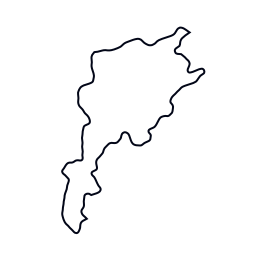 outline of Monción, Santiago Rodríguez, Dominican Republic, rotated 341°
{"feature_id": "3306468B58364807671066", "entity_name": "Monción", "entity_type": "district", "adm_level": 2, "iso_a3": "DOM", "parent_name": "Dominican Republic", "parent_adm1": "Santiago Rodríguez", "projection": "mercator", "projection_center": [-71.168, 19.384], "detail": "fine", "context": "isolated", "style": "outline", "palette": "ink", "viewbox_px": 256, "rotation_deg": 341, "n_neighbors": 0, "source": "geoboundaries", "source_scale": "gbopen_adm2", "svg_char_len": 4719}
<svg xmlns="http://www.w3.org/2000/svg" viewBox="0 0 256 256"><g transform="rotate(341 128 128)"><path d="M120.9,45.3L118.9,46.6L117.9,47.3L116.8,48.7L116.3,49.8L115.2,54.1L114.0,56.7L113.6,58.0L113.3,60.0L113.2,65.0L112.9,67.1L112.7,67.8L112.2,68.9L110.8,71.3L110.2,72.2L109.8,72.6L109.3,72.9L108.7,73.1L107.6,73.3L105.7,73.4L100.0,73.3L98.6,73.5L97.2,73.8L96.0,74.4L94.4,75.7L93.1,77.2L92.3,78.3L92.1,78.9L91.7,80.2L91.1,82.7L90.8,83.8L89.6,86.5L89.2,87.7L89.0,88.9L89.0,90.2L89.2,91.5L89.4,92.1L90.9,95.3L91.3,96.5L91.8,99.0L92.2,100.2L93.6,102.9L94.0,104.1L94.3,105.3L94.4,106.6L94.4,107.9L94.2,109.1L93.8,110.1L93.4,110.6L92.9,110.9L91.9,111.3L88.5,111.6L87.4,111.9L86.9,112.2L86.2,113.0L84.1,116.4L82.9,119.2L81.3,122.4L81.0,123.6L80.3,126.8L79.9,127.9L78.6,130.6L78.3,131.8L77.8,134.3L77.5,135.6L76.0,138.8L75.4,141.6L74.9,142.5L74.6,142.9L74.1,143.2L73.6,143.3L73.0,143.4L72.0,143.1L70.2,142.2L69.1,141.9L68.0,141.8L67.4,141.9L65.5,142.4L64.5,142.5L63.6,142.4L61.6,141.7L60.5,141.6L59.9,141.6L58.6,142.0L57.0,143.0L54.5,145.1L52.2,146.7L51.9,147.1L51.6,147.6L51.5,148.2L51.6,149.3L52.0,150.3L53.2,152.2L54.8,155.8L55.2,156.8L55.2,157.3L55.1,157.9L54.9,158.5L54.3,159.5L51.9,162.5L50.1,165.9L49.3,166.9L47.2,169.5L46.1,171.2L45.1,173.5L43.3,176.6L42.3,178.9L40.6,182.0L39.6,184.3L38.2,186.9L38.0,187.4L37.6,188.7L37.4,190.6L37.3,193.3L37.5,196.0L37.8,197.3L38.2,198.5L39.6,201.1L40.5,203.4L41.9,206.1L43.1,208.8L43.7,209.7L44.1,210.0L44.6,210.3L45.1,210.6L45.6,210.7L46.3,210.6L46.8,210.4L47.3,210.1L48.2,209.3L49.5,207.8L50.2,206.8L51.2,204.5L51.8,203.4L52.5,202.5L53.4,201.8L54.0,201.5L55.2,201.1L59.5,200.4L58.6,198.5L57.4,196.4L56.9,195.3L56.6,194.1L56.6,192.9L56.6,192.3L57.0,191.2L57.3,190.8L57.6,190.4L59.7,188.8L60.5,188.0L61.1,187.0L61.5,185.9L62.3,183.0L63.2,181.1L64.8,177.9L65.2,177.5L65.8,177.1L66.4,176.9L67.7,176.8L68.9,177.1L70.0,177.7L71.4,179.4L77.1,179.5L79.1,179.3L80.4,178.9L80.9,178.6L81.7,177.9L82.2,177.0L82.3,176.4L82.3,175.9L82.1,175.0L81.5,173.5L81.2,172.3L80.9,170.2L80.5,165.9L80.3,164.6L80.0,163.3L79.0,161.3L78.7,160.4L78.7,159.3L78.9,158.8L79.2,158.4L79.6,158.0L80.1,157.8L81.2,157.6L83.5,157.3L84.6,157.0L85.1,156.6L85.5,156.1L85.9,155.0L86.3,151.8L86.6,150.5L87.1,149.3L87.8,148.3L88.7,147.5L89.1,147.2L91.8,145.9L95.7,143.6L96.5,142.8L97.8,141.0L98.5,140.2L99.4,139.4L100.5,138.8L104.1,137.0L105.2,136.6L105.8,136.5L107.0,136.6L107.6,136.7L110.1,137.8L111.2,138.1L112.5,138.2L113.6,137.9L114.6,137.4L117.5,135.6L118.2,134.8L119.3,133.0L120.4,131.7L121.4,131.1L122.0,131.0L122.6,130.9L123.2,130.9L123.9,131.1L124.9,131.7L125.7,132.6L126.3,133.6L126.5,134.2L126.7,135.5L126.7,140.8L126.9,142.7L127.3,144.0L127.5,144.5L128.2,145.5L129.1,146.3L130.2,147.0L133.3,148.3L134.3,148.6L134.9,148.7L135.9,148.5L138.5,147.6L139.7,147.4L142.8,147.1L144.0,146.9L145.0,146.3L145.4,145.9L146.4,144.0L147.1,142.6L147.2,141.6L147.1,141.2L146.4,139.5L146.2,138.5L146.3,138.0L146.4,137.5L146.7,137.1L147.1,136.7L147.5,136.5L148.6,136.2L152.2,135.9L153.4,135.6L154.0,135.3L155.1,134.6L156.1,133.8L159.5,130.6L160.5,129.7L161.6,129.0L162.1,128.7L163.4,128.4L165.3,128.4L167.1,128.7L169.5,129.7L170.5,129.7L171.5,129.4L173.4,128.5L174.4,128.0L174.8,127.6L175.5,126.7L176.8,124.2L177.5,122.6L177.6,122.0L177.6,120.9L177.5,120.3L176.6,117.9L176.6,117.4L176.7,116.9L176.9,116.3L177.5,115.3L178.4,114.3L179.3,113.4L180.4,112.7L181.5,112.1L183.8,111.1L186.4,109.7L188.7,108.7L191.3,107.3L192.5,106.9L193.8,106.7L195.9,106.6L204.3,106.7L205.7,106.5L207.0,106.3L207.7,106.1L208.7,105.5L211.7,103.3L213.2,102.3L214.3,101.9L217.0,101.2L217.4,101.0L217.9,100.7L218.2,100.2L218.5,99.7L218.6,99.2L218.7,98.1L218.5,97.5L218.3,97.0L217.9,96.5L217.4,96.1L216.8,95.9L215.6,95.7L214.2,95.6L207.7,96.0L205.7,95.9L204.5,95.7L204.0,95.5L203.5,95.0L203.2,94.5L203.1,93.9L203.1,93.4L203.2,92.8L203.7,91.8L206.1,89.1L206.8,88.1L207.3,86.9L207.3,85.6L207.2,85.0L206.9,83.9L205.8,81.9L204.8,79.6L202.3,75.5L198.9,74.0L198.0,73.3L197.6,72.8L197.4,72.2L197.3,70.9L197.6,69.7L198.0,69.2L198.4,68.8L199.4,68.3L203.3,67.2L204.3,66.0L205.3,63.9L205.9,62.9L206.7,62.0L207.6,61.2L208.7,60.6L212.5,59.1L214.3,58.6L217.4,57.7L214.4,53.6L212.9,51.8L211.5,50.7L210.4,50.2L209.8,50.0L208.6,50.1L207.4,50.4L206.3,51.1L203.4,53.5L202.2,54.2L200.9,54.6L199.5,54.8L198.1,54.9L189.4,54.8L185.8,55.0L183.8,55.5L181.2,56.8L180.0,57.1L178.8,57.3L177.5,57.4L176.2,57.1L175.6,56.9L174.4,56.3L173.4,55.4L172.5,54.5L171.2,52.9L170.6,51.8L169.5,49.6L168.9,48.6L167.5,47.4L166.4,46.9L165.7,46.7L163.6,46.4L161.4,46.3L157.0,46.4L154.1,46.5L152.7,46.7L151.3,47.1L148.1,48.5L146.8,48.8L144.1,49.1L140.5,49.2L137.7,49.0L135.7,48.6L134.5,48.2L131.9,47.0L130.5,46.6L129.1,46.4L124.1,46.0L120.9,45.3Z" fill="none" stroke="#020617" stroke-width="2"/></g></svg>